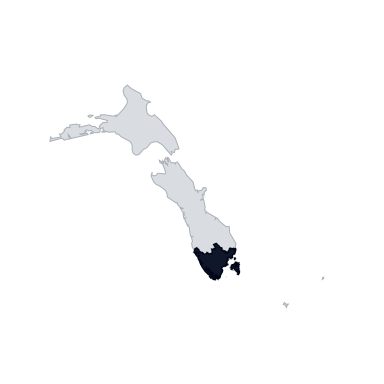 location of Southland District, Southland, New Zealand, rotated 287°
{"feature_id": "76426892B99609638104575", "entity_name": "Southland District", "entity_type": "district", "adm_level": 2, "iso_a3": "NZL", "parent_name": "New Zealand", "parent_adm1": "Southland", "projection": "equal_earth", "projection_center": [167.626, -45.773], "detail": "fine", "context": "in_parent", "style": "filled", "palette": "ink", "viewbox_px": 384, "rotation_deg": 287, "n_neighbors": 0, "source": "geoboundaries", "source_scale": "gbopen_adm2", "svg_char_len": 9353}
<svg xmlns="http://www.w3.org/2000/svg" viewBox="0 0 384 384"><g transform="rotate(287 192 192)"><path d="M201.4,161.1L202.9,161.2L209.7,156.2L212.5,155.1L213.2,154.9L211.7,156.5L212.0,157.6L210.3,161.0L211.6,160.4L212.5,158.1L213.4,157.6L213.1,156.2L217.0,156.7L215.6,159.1L213.5,160.5L214.8,160.6L217.9,158.1L217.8,159.6L213.8,163.7L214.9,166.0L213.8,167.8L215.0,167.6L216.4,169.0L215.4,170.9L211.0,175.6L210.3,178.0L206.4,182.2L202.0,189.9L194.1,194.9L195.5,196.3L192.8,198.1L195.0,197.8L196.3,200.7L199.7,201.6L199.9,204.4L197.7,205.2L195.5,203.9L192.3,204.4L193.4,203.3L192.1,202.5L189.7,204.8L186.4,202.1L188.2,205.3L181.4,209.0L178.6,209.3L177.6,211.3L176.0,211.4L176.9,212.1L174.6,222.2L172.7,222.2L174.4,223.3L174.1,224.3L171.9,227.2L168.7,234.9L169.8,236.6L169.6,237.9L164.0,239.9L155.7,249.0L148.3,250.3L144.2,249.2L139.3,249.9L138.5,247.3L136.9,245.9L132.5,246.0L130.5,243.2L128.7,242.4L126.6,244.0L119.8,243.7L118.5,243.3L118.3,242.2L120.9,239.3L118.5,240.9L117.5,240.7L118.5,239.4L118.3,238.2L115.5,239.4L115.7,236.9L121.9,235.3L119.5,235.1L119.3,234.2L121.8,232.4L118.5,232.6L119.1,230.4L120.9,230.3L120.2,228.7L123.9,230.4L123.4,228.9L124.8,228.4L122.3,227.3L122.2,225.7L123.5,224.5L125.2,225.0L124.0,223.6L127.1,220.8L127.8,222.9L128.0,219.8L131.9,216.9L133.4,218.1L132.8,215.4L139.3,208.4L142.9,206.6L144.9,206.9L148.3,204.8L149.7,205.6L149.2,204.0L149.6,203.3L158.2,199.3L158.2,198.0L159.2,197.8L158.5,197.5L163.5,193.1L165.5,193.4L164.3,192.1L166.3,190.9L168.3,191.8L167.2,190.5L169.0,189.7L169.9,190.8L170.0,189.1L173.0,185.6L173.5,188.4L173.9,188.0L173.8,185.2L175.9,181.9L177.5,181.2L176.8,180.2L180.0,169.9L183.2,168.6L186.1,165.6L188.1,159.8L188.8,155.4L190.6,152.2L195.5,148.1L199.5,148.1L196.7,148.5L196.3,150.7L197.1,152.5L200.0,153.8L201.4,161.1ZM202.3,42.7L206.4,50.7L208.7,48.3L209.0,50.1L213.2,52.3L214.0,51.5L217.4,53.6L217.9,56.4L220.3,55.5L223.2,61.5L222.7,63.0L223.6,65.1L221.1,65.3L226.3,74.4L225.5,77.7L226.3,79.8L224.9,83.9L227.1,85.1L228.0,84.1L232.6,86.6L233.6,90.3L235.7,90.2L235.3,81.2L234.0,78.8L235.0,77.4L237.8,82.2L239.0,82.0L240.3,85.9L241.5,94.4L243.3,97.0L242.3,96.6L242.0,97.3L243.0,98.1L251.6,102.4L258.2,104.2L262.1,102.5L264.5,99.1L268.4,96.5L271.9,96.7L275.3,98.9L273.2,103.6L271.0,114.0L267.0,117.0L265.9,122.2L266.5,124.3L265.7,126.0L264.2,123.7L260.7,123.1L254.7,125.7L253.0,128.2L252.6,131.5L254.8,133.5L250.9,141.9L248.8,144.2L238.9,160.0L229.8,166.8L228.7,166.2L228.1,163.5L224.4,163.6L224.7,160.5L224.3,160.2L222.8,161.9L221.2,161.3L228.5,149.9L229.9,144.1L228.8,141.1L226.9,138.3L221.2,135.9L218.5,133.0L213.0,130.7L211.5,129.2L210.9,127.3L212.0,124.2L215.1,122.3L219.4,121.1L222.2,118.1L224.1,108.3L225.8,104.7L225.4,102.5L227.1,100.9L224.7,94.6L225.2,92.7L224.4,92.4L222.9,88.4L223.9,88.3L224.9,90.5L225.9,88.6L227.5,88.2L225.7,85.7L223.2,86.4L221.6,85.7L220.4,81.8L217.9,77.7L218.7,77.6L220.7,79.6L221.5,78.0L220.2,75.6L220.8,73.2L219.2,71.8L218.9,73.4L216.1,71.1L214.5,67.3L214.5,69.3L217.7,74.8L216.8,75.9L216.2,75.3L207.9,60.8L210.9,56.8L209.1,57.5L207.5,60.0L206.6,59.0L206.1,57.1L204.1,54.7L205.1,53.3L205.1,51.3L198.8,41.3L203.4,40.8L202.3,42.7ZM134.0,251.3L136.3,254.7L135.0,254.4L135.0,255.2L137.5,255.9L137.5,257.4L128.5,260.4L132.0,254.7L131.8,251.4L134.0,251.3ZM112.2,314.9L113.0,316.9L110.2,315.9L108.7,316.4L110.9,314.4L111.2,312.2L113.3,312.5L112.2,314.9ZM235.9,72.1L236.3,74.9L233.6,72.8L233.6,71.3L234.3,70.3L235.9,72.1ZM212.1,154.0L210.3,155.0L210.8,152.8L212.8,151.4L212.1,154.0ZM118.7,234.4L118.5,235.6L116.0,235.1L117.9,233.7L118.7,234.4ZM148.4,342.1L149.1,342.9L147.8,343.2L146.5,342.1L148.4,342.1ZM121.6,226.6L122.2,228.6L120.5,227.6L121.6,226.6Z" fill="#d9dde1" stroke="#a8b0b8" stroke-width="1"/><path d="M135.3,211.3L136.1,211.9L135.7,212.6L134.5,212.5L134.8,213.4L135.3,213.9L135.6,215.7L135.3,215.5L134.6,212.7L134.4,213.3L133.7,213.5L132.2,215.3L132.3,217.0L133.5,217.4L133.7,218.4L133.0,217.4L132.1,217.1L131.8,216.5L131.4,216.7L129.9,217.7L130.3,218.4L129.7,218.0L129.0,218.4L129.0,219.0L129.7,219.5L129.9,220.0L129.4,219.3L128.6,219.2L128.1,219.5L128.8,220.4L128.2,221.2L128.6,221.7L128.1,221.1L128.7,220.3L128.1,219.9L127.5,219.9L126.4,220.7L127.0,222.5L126.7,222.5L127.5,223.4L127.1,223.2L126.7,223.6L127.0,223.0L126.4,222.7L126.6,222.1L126.0,221.1L125.3,221.5L124.7,222.3L124.9,222.4L123.7,223.2L121.5,225.9L121.8,226.4L121.5,226.8L122.0,228.2L124.0,227.7L123.7,228.2L124.3,228.9L123.4,228.3L122.0,228.8L123.3,230.0L123.7,230.9L123.4,231.2L122.6,232.0L123.3,230.7L122.3,229.5L122.1,230.5L120.8,230.6L122.1,230.2L121.9,229.7L122.2,229.4L121.5,228.9L120.6,229.3L121.2,228.9L119.9,228.2L119.3,229.0L118.2,231.4L118.2,231.6L118.5,231.8L118.4,231.9L117.9,231.9L117.7,233.1L118.6,233.1L120.2,232.6L120.2,232.2L122.1,231.6L120.4,232.6L121.8,232.7L121.7,232.9L120.2,232.7L118.5,233.4L118.5,234.5L121.5,233.6L121.1,234.0L118.7,234.6L118.5,235.6L119.7,235.2L121.1,235.5L121.3,235.0L121.2,235.4L121.7,235.4L120.4,235.7L119.8,236.2L120.1,236.2L120.1,236.3L119.1,236.1L116.5,237.0L116.8,236.7L115.0,237.0L114.7,238.5L115.0,240.0L116.8,239.5L117.9,237.9L118.2,237.7L117.5,239.2L119.0,239.1L119.0,239.5L117.1,239.8L117.0,240.9L116.7,240.6L116.5,241.5L117.0,241.0L117.4,241.4L117.8,240.9L118.0,241.1L117.9,240.9L118.5,240.3L118.1,240.9L118.3,241.3L118.6,240.7L118.6,241.0L119.0,240.9L118.6,240.3L119.1,239.7L120.0,239.5L120.9,238.8L120.1,239.7L119.1,240.0L119.2,240.8L118.6,241.1L118.6,241.5L118.4,241.2L118.3,241.8L117.1,242.4L117.1,242.5L117.7,243.4L119.2,243.8L120.3,243.4L124.7,244.3L126.2,244.1L126.5,243.7L126.4,243.2L127.0,242.5L128.5,242.6L131.0,244.4L131.1,244.9L130.6,245.3L131.8,246.4L132.4,246.0L133.1,246.4L133.0,246.0L133.4,245.8L135.0,246.3L134.0,245.6L133.9,245.3L133.9,245.1L134.0,245.4L134.8,245.4L134.7,245.8L135.8,245.6L137.5,246.4L137.7,246.0L139.1,245.3L139.0,245.7L139.4,245.9L140.2,246.0L140.1,248.6L141.3,249.8L142.0,249.6L141.6,249.7L141.8,249.6L141.4,249.1L142.1,249.0L144.5,249.5L145.2,250.8L147.9,250.9L148.9,250.5L148.7,250.4L148.7,249.8L149.2,250.2L148.9,250.6L149.6,250.8L150.3,250.4L150.6,250.1L150.4,249.6L149.5,249.1L150.2,248.4L149.3,248.0L149.2,247.5L149.6,247.2L149.6,246.6L148.8,246.1L149.5,245.3L149.4,244.8L148.8,244.4L147.6,244.9L147.1,244.3L146.0,244.3L146.0,244.0L144.6,244.0L144.2,243.9L144.6,243.1L143.4,242.9L143.4,242.1L144.7,241.9L145.0,241.5L144.7,241.4L144.9,241.0L144.2,240.6L144.5,239.8L145.0,239.8L144.7,238.9L145.2,238.5L144.9,238.0L145.2,237.3L146.4,237.3L146.8,236.7L147.2,236.7L147.1,235.6L147.5,234.5L148.5,233.2L149.1,231.0L149.8,230.8L149.9,230.2L148.1,228.1L146.7,229.5L145.8,231.2L145.4,230.7L144.4,230.8L144.4,229.6L143.3,229.2L143.1,227.6L141.4,228.7L138.7,229.0L138.2,227.7L138.4,227.3L137.8,226.9L137.3,226.0L138.2,225.4L138.5,224.0L137.6,224.0L136.8,223.3L136.2,222.6L136.1,221.6L136.2,220.8L136.7,220.8L137.2,219.4L136.7,219.0L137.6,216.1L138.3,215.3L138.9,215.3L139.3,214.1L139.1,213.8L139.8,213.1L139.3,212.9L139.5,212.7L139.0,212.5L139.0,211.7L138.2,211.4L136.6,211.7L135.3,211.3ZM132.9,251.2L131.0,251.6L130.7,253.0L131.4,253.8L131.6,255.0L130.4,255.9L130.7,256.3L130.6,256.8L130.8,256.8L130.9,257.0L131.1,257.0L129.7,256.9L129.0,257.7L129.4,258.1L128.9,258.8L129.2,258.9L127.8,259.7L127.7,260.7L128.7,260.9L129.4,260.2L129.7,260.3L129.6,260.6L130.1,260.5L130.1,259.8L129.7,260.2L129.1,260.2L128.9,260.0L130.0,259.6L129.5,259.4L130.4,259.4L130.2,258.9L130.7,258.7L131.0,259.2L132.2,259.4L133.9,258.3L134.3,258.4L134.3,258.1L136.2,258.2L135.4,257.8L135.4,257.7L135.2,257.5L135.4,257.5L135.4,257.8L136.3,258.2L136.3,257.5L137.3,257.8L136.4,257.3L136.7,257.2L136.5,256.9L136.7,257.0L136.9,257.3L137.1,257.3L137.0,256.7L137.4,256.5L136.7,255.8L136.9,255.0L136.2,256.1L135.4,256.1L136.1,255.6L134.8,255.5L134.7,255.0L134.3,255.1L134.0,255.5L133.1,256.0L134.2,255.1L133.8,254.4L134.5,254.6L134.4,254.2L134.6,254.1L134.9,254.6L134.7,254.7L135.1,255.0L135.4,254.6L136.3,254.8L136.6,254.6L136.1,254.6L136.3,254.0L135.5,253.9L135.6,253.5L134.6,252.9L134.2,251.7L132.9,251.2ZM117.8,233.5L116.6,233.7L116.2,234.3L116.0,233.9L114.9,235.8L116.1,234.8L116.2,234.3L116.3,234.8L116.6,235.0L116.1,235.1L116.6,235.1L116.4,235.4L117.0,235.7L116.6,235.7L116.7,236.0L117.4,235.8L117.4,235.4L117.6,236.0L117.9,235.9L118.4,235.1L118.3,233.9L117.8,233.5ZM121.4,226.1L120.2,227.6L121.8,228.6L121.2,227.0L121.4,226.1ZM129.7,252.2L129.6,252.9L130.3,252.8L130.2,252.5L129.7,252.2ZM141.2,252.0L140.5,252.3L140.8,252.5L140.4,252.6L140.9,253.0L141.3,252.6L141.2,252.0ZM127.4,259.9L126.9,260.0L126.7,260.4L127.0,260.5L127.4,259.9ZM131.1,259.3L130.6,259.3L130.8,259.6L131.1,259.3ZM136.4,255.2L135.9,255.1L136.5,255.2L136.4,255.2ZM137.6,254.9L137.5,254.7L137.4,254.9L137.6,254.9ZM130.4,259.7L130.2,259.8L130.4,259.9L130.4,259.7ZM127.0,259.8L126.7,259.7L126.7,259.8L127.0,259.8ZM130.5,259.7L130.4,259.5L130.5,259.7ZM132.7,247.4L132.4,247.4L132.7,247.5L132.7,247.4ZM127.1,258.7L127.0,258.8L127.1,258.7ZM130.5,255.6L130.3,255.5L130.4,255.8L130.5,255.6ZM120.6,249.5L120.7,249.4L120.6,249.5ZM141.8,252.6L141.6,252.5L141.8,252.6ZM130.5,255.4L130.4,255.3L130.5,255.4ZM136.5,254.9L136.4,254.8L136.5,254.9ZM137.3,253.7L137.2,253.5L137.3,253.7L137.3,253.7ZM136.5,258.3L136.4,258.3L136.5,258.3L136.5,258.3ZM131.0,251.5L130.9,251.4L130.9,251.5L131.0,251.5ZM127.5,259.8L127.4,259.8L127.5,259.8ZM128.6,258.4L128.5,258.5L128.6,258.4ZM137.3,257.4L137.2,257.5L137.4,257.5L137.3,257.4Z" fill="#0f172a" stroke="#020617" stroke-width="1.5"/></g></svg>